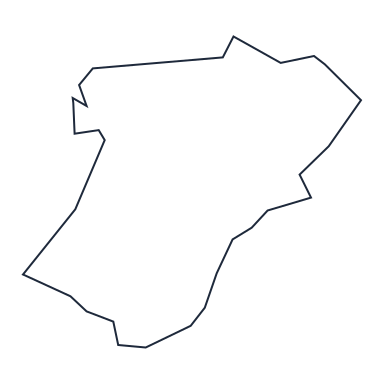 outline of Warren, Virginia, United States of America
{"feature_id": "52423323B32478204378840", "entity_name": "Warren", "entity_type": "district", "adm_level": 2, "iso_a3": "USA", "parent_name": "United States of America", "parent_adm1": "Virginia", "projection": "mercator", "projection_center": [-78.212, 38.897], "detail": "fine", "context": "isolated", "style": "outline", "palette": "slate", "viewbox_px": 384, "rotation_deg": 0, "n_neighbors": 0, "source": "geoboundaries", "source_scale": "gbopen_adm2", "svg_char_len": 480}
<svg xmlns="http://www.w3.org/2000/svg" viewBox="0 0 384 384"><path d="M251.7,227.7L267.6,210.5L311.0,197.6L299.6,174.6L328.7,146.3L361.0,100.2L324.8,64.3L314.0,56.0L280.7,62.9L233.5,36.5L222.8,57.4L92.8,68.4L79.1,85.0L86.6,106.0L72.7,98.0L73.3,103.0L74.6,133.7L98.7,130.1L104.7,140.1L75.3,209.3L23.0,274.5L70.5,296.3L86.6,311.4L113.3,321.6L118.2,345.0L145.7,347.5L190.7,325.8L204.8,307.7L216.7,273.3L232.6,239.4L251.7,227.7Z" fill="none" stroke="#1e293b" stroke-width="2"/></svg>